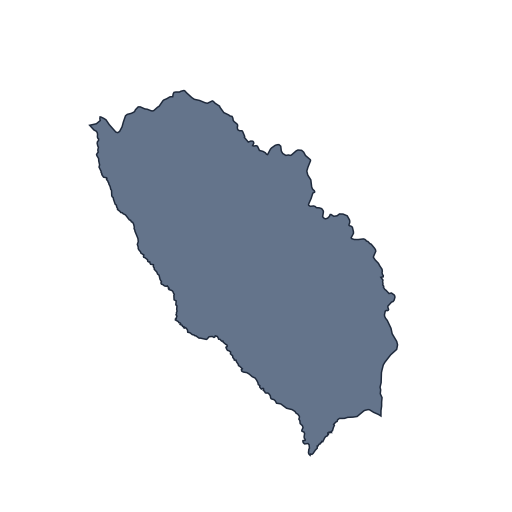 the district of Alto Parnaíba, Maranhão, Brazil, rotated 146°
{"feature_id": "56859067B51546215528696", "entity_name": "Alto Parnaíba", "entity_type": "district", "adm_level": 2, "iso_a3": "BRA", "parent_name": "Brazil", "parent_adm1": "Maranhão", "projection": "natural_earth1", "projection_center": [-46.179, -9.51], "detail": "fine", "context": "isolated", "style": "filled", "palette": "slate", "viewbox_px": 512, "rotation_deg": 146, "n_neighbors": 0, "source": "geoboundaries", "source_scale": "gbopen_adm2", "svg_char_len": 6086}
<svg xmlns="http://www.w3.org/2000/svg" viewBox="0 0 512 512"><g transform="rotate(146 256 256)"><path d="M198.5,361.5L197.5,366.5L197.6,367.7L199.5,369.0L200.3,370.3L200.4,371.4L199.3,373.5L198.5,374.0L197.9,375.3L198.0,376.4L199.0,379.6L199.1,381.1L198.1,383.2L197.8,385.1L199.3,386.7L199.7,388.1L202.5,392.9L202.7,399.4L202.4,400.6L204.5,405.6L204.9,408.0L205.5,409.0L210.9,409.8L212.5,411.5L215.8,416.5L219.5,420.4L220.6,423.1L222.3,430.1L222.7,432.8L223.2,433.5L226.2,434.6L227.7,434.7L230.8,436.8L232.5,437.5L234.0,436.7L236.0,434.6L237.6,435.7L238.6,436.1L242.1,436.3L245.1,436.9L246.2,436.8L252.6,434.3L254.4,434.4L259.5,433.7L260.8,434.2L261.6,434.9L264.1,438.5L265.9,440.1L268.6,444.4L270.3,445.5L274.1,444.7L275.8,443.7L276.9,443.6L279.6,444.0L283.5,445.4L285.8,445.2L291.1,441.2L294.8,438.0L299.3,435.6L301.1,435.5L301.8,435.7L302.9,437.1L304.2,446.9L304.2,452.8L305.3,455.3L306.9,458.0L307.5,458.5L308.7,457.1L309.4,455.4L314.4,454.9L320.8,457.4L319.9,451.1L318.7,448.9L318.6,447.2L319.3,445.5L320.9,443.4L321.3,442.3L321.0,441.2L321.9,439.9L323.7,439.3L324.7,438.2L325.7,435.6L325.8,434.3L327.9,432.3L328.8,430.3L330.5,429.8L331.5,429.2L331.8,428.1L332.0,424.8L333.2,422.8L334.7,419.0L336.4,417.5L337.1,412.7L337.7,411.9L337.7,410.7L338.3,409.6L338.3,406.6L336.1,404.4L336.2,403.7L336.9,403.4L337.2,402.6L336.8,401.7L337.3,399.8L337.2,398.9L337.7,398.1L338.1,395.1L339.1,392.6L339.1,391.2L341.8,386.8L342.1,385.7L341.7,384.3L342.4,382.8L343.8,377.6L343.3,376.3L344.1,374.5L344.2,372.7L344.8,372.0L343.8,368.9L343.8,367.7L342.6,366.5L342.5,365.3L341.2,363.1L340.8,356.7L340.0,355.8L340.2,353.9L339.4,353.0L339.7,350.7L340.7,348.1L341.8,346.8L341.9,345.5L342.5,344.2L344.1,336.5L345.6,333.7L347.9,332.0L348.6,329.4L349.4,328.2L349.7,326.9L349.4,324.0L349.8,322.8L348.4,319.6L349.4,318.8L349.8,317.8L349.0,316.7L348.0,313.6L348.7,312.2L348.4,311.2L347.4,310.6L347.8,309.5L348.0,308.1L345.9,306.2L347.1,304.5L347.0,303.2L347.8,301.8L347.2,298.1L347.7,296.1L347.1,294.3L348.6,290.4L348.8,287.5L349.9,286.8L350.1,285.5L349.3,284.5L348.6,282.4L347.3,281.0L346.3,280.9L346.1,277.8L346.9,277.8L346.9,276.8L345.4,274.9L344.9,273.9L344.8,273.0L345.2,271.3L345.2,269.9L346.1,269.3L348.4,265.5L347.3,263.4L349.8,260.3L349.4,259.3L349.6,258.6L351.6,256.1L352.3,254.4L353.6,253.6L354.3,252.4L355.2,252.0L355.1,250.7L355.5,250.0L356.4,249.6L357.2,248.6L357.9,248.9L358.6,248.1L357.1,245.1L357.2,243.8L356.5,243.2L356.2,242.3L357.2,241.7L355.9,239.7L356.3,238.7L355.3,237.5L356.0,236.9L355.6,236.2L354.4,235.9L354.1,233.2L355.2,231.0L353.6,229.2L352.8,226.5L351.6,225.3L351.3,224.1L350.5,223.5L349.1,219.7L348.1,219.1L343.8,214.6L343.1,214.5L340.0,215.3L337.2,213.7L336.4,212.0L335.4,211.9L334.4,212.6L333.1,211.0L333.1,209.6L333.5,207.9L332.5,207.1L332.1,204.7L331.0,203.9L331.4,203.1L330.5,199.7L329.9,198.9L330.1,197.5L330.7,197.0L331.5,197.3L332.1,196.9L332.4,194.7L332.4,193.7L331.4,192.5L330.7,190.6L331.9,189.2L331.2,186.3L332.0,184.8L331.8,182.9L332.2,181.8L330.8,180.7L331.3,179.4L331.3,176.0L331.8,174.9L331.1,173.5L330.4,170.1L331.7,170.0L332.2,168.6L331.4,166.9L328.8,164.4L327.6,161.8L326.6,158.0L325.0,155.4L324.9,153.1L325.2,150.1L326.0,148.1L325.3,146.4L326.2,145.3L326.0,142.7L324.2,142.4L324.0,141.4L325.1,140.6L324.6,139.1L324.8,137.5L324.4,136.8L322.8,135.8L322.3,134.0L322.3,132.1L323.0,130.7L323.3,129.4L322.9,128.6L321.5,127.0L321.0,125.2L321.3,122.5L318.2,119.6L315.8,112.7L312.0,108.5L310.6,105.3L310.7,103.4L309.8,101.5L309.7,98.8L310.3,97.9L311.7,96.8L311.7,95.0L313.1,92.4L312.4,89.4L313.0,87.4L315.5,85.9L315.9,85.1L314.7,83.2L315.0,81.6L317.0,79.5L317.8,78.2L317.8,76.2L318.4,75.7L320.3,76.7L321.0,75.7L321.2,74.6L320.8,73.0L317.8,71.5L317.5,69.9L319.2,66.7L320.2,66.3L322.5,63.6L322.9,62.4L322.6,60.5L321.5,61.3L320.6,60.3L319.1,60.4L315.3,61.9L312.7,62.4L311.5,64.2L310.9,63.8L309.1,64.7L308.0,64.3L307.1,65.0L306.2,64.7L305.2,65.5L304.5,64.7L300.6,66.9L299.3,67.3L297.3,67.0L296.5,67.6L295.9,67.5L295.9,68.4L295.4,69.1L294.6,68.5L293.8,69.1L293.3,68.1L292.7,68.3L292.1,67.5L291.7,68.4L290.3,68.4L287.8,70.5L285.7,71.8L285.8,73.0L282.5,73.7L281.2,73.5L279.9,74.6L277.7,74.7L273.5,71.9L270.3,71.0L265.7,68.2L261.9,66.4L253.1,67.3L251.9,67.1L249.0,66.0L247.9,65.1L245.9,60.6L243.1,56.2L241.9,53.5L238.8,58.0L235.8,61.3L233.5,64.7L230.7,68.1L230.0,72.3L227.5,75.3L226.5,77.9L223.1,81.0L217.2,89.2L215.3,91.0L211.4,94.5L208.7,95.8L199.6,98.8L191.6,99.9L188.3,103.2L187.1,106.5L186.6,115.4L184.5,120.6L183.2,129.2L183.4,131.9L183.1,134.1L182.3,135.5L179.7,138.0L178.4,138.0L177.6,137.2L176.7,137.1L176.0,137.5L175.3,139.9L174.7,140.7L169.5,142.0L167.8,141.6L166.1,142.2L163.8,144.2L163.3,145.4L163.2,146.4L164.4,149.6L166.7,150.5L167.4,155.0L167.9,156.3L167.8,158.8L167.0,159.5L167.1,161.2L166.3,161.9L165.2,164.2L164.2,165.0L164.4,168.5L162.2,167.6L161.4,168.6L161.5,169.9L160.7,171.9L159.8,172.7L158.9,174.6L158.9,178.7L158.6,181.5L159.4,186.0L159.4,189.2L158.8,189.9L154.0,193.0L153.4,194.6L153.4,196.5L153.9,201.4L154.7,202.7L155.1,205.4L156.1,206.7L156.1,207.7L156.5,209.0L157.4,210.1L162.1,212.5L165.4,214.8L167.0,217.0L166.9,217.9L162.5,220.3L161.7,221.5L160.0,226.0L160.5,227.5L161.6,228.9L161.7,229.7L159.5,231.4L158.7,232.6L158.3,233.7L157.9,238.3L160.4,242.1L163.3,244.2L166.3,244.0L169.3,245.4L170.6,248.5L171.3,248.9L173.0,247.8L175.6,247.3L177.7,248.0L178.4,249.0L178.8,251.3L175.4,254.9L175.0,255.9L175.0,258.1L175.3,258.9L176.7,260.6L178.9,262.3L179.3,264.0L180.3,265.3L183.2,266.8L184.0,268.6L183.5,269.5L178.1,272.9L174.2,276.0L173.3,276.4L171.8,276.1L171.3,276.7L171.2,277.7L171.7,279.6L171.3,282.0L168.0,288.4L167.8,294.2L166.4,298.0L163.4,300.5L157.5,304.5L157.1,305.4L158.8,311.7L158.4,315.4L159.1,318.1L161.9,320.4L163.9,320.7L170.3,319.9L171.4,320.3L172.6,321.6L175.0,322.7L176.5,326.0L176.4,328.1L176.2,329.1L174.1,333.2L174.7,335.5L176.0,336.3L178.1,337.0L182.7,336.9L184.3,336.5L189.7,333.6L190.4,334.5L190.5,336.3L191.7,338.8L194.1,341.6L193.4,346.2L194.2,347.4L196.2,348.3L197.1,349.4L194.7,350.8L194.3,352.0L194.5,353.0L196.0,354.2L198.7,354.8L199.3,360.8L198.5,361.5Z" fill="#64748b" stroke="#1e293b" stroke-width="1.5"/></g></svg>